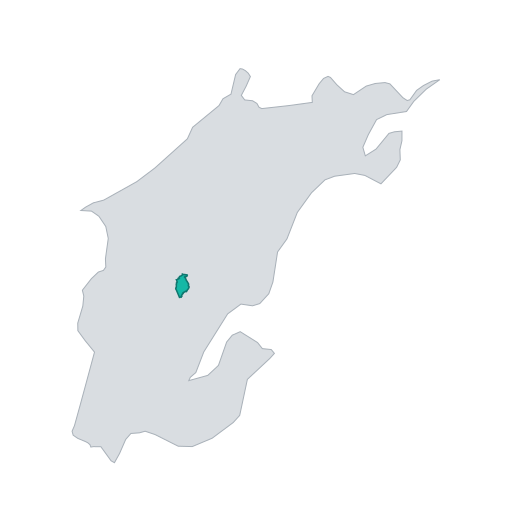 location of Zarcero, Alajuela, Costa Rica, rotated 263°
{"feature_id": "36466004B69998662066275", "entity_name": "Zarcero", "entity_type": "district", "adm_level": 2, "iso_a3": "CRI", "parent_name": "Costa Rica", "parent_adm1": "Alajuela", "projection": "natural_earth1", "projection_center": [-84.401, 10.218], "detail": "fine", "context": "in_parent", "style": "filled", "palette": "teal", "viewbox_px": 512, "rotation_deg": 263, "n_neighbors": 0, "source": "geoboundaries", "source_scale": "gbopen_adm2", "svg_char_len": 4806}
<svg xmlns="http://www.w3.org/2000/svg" viewBox="0 0 512 512"><g transform="rotate(263 256 256)"><path d="M443.9,263.0L443.2,265.4L441.3,268.0L438.5,270.5L434.8,272.3L425.9,267.0L417.2,261.0L412.3,263.8L410.5,271.5L407.3,275.5L403.3,277.1L401.6,279.7L401.3,305.9L401.6,330.6L408.2,331.1L419.3,339.7L424.0,344.7L425.5,349.4L424.1,351.7L416.1,357.1L408.2,363.9L404.3,372.4L411.2,386.1L412.7,395.4L412.4,405.2L410.5,409.9L395.2,421.1L391.9,425.0L392.3,427.8L400.8,435.6L404.8,443.0L408.1,452.1L408.6,459.9L400.9,445.4L390.3,431.5L381.1,423.0L380.4,403.1L376.7,392.3L362.8,382.3L350.9,375.3L342.1,376.7L347.5,388.2L361.5,402.9L362.4,408.5L362.2,416.1L352.6,414.9L344.1,411.8L333.8,410.9L326.9,406.4L312.4,388.8L322.7,373.9L325.9,364.0L325.6,343.7L323.2,333.8L312.0,318.8L294.2,302.3L269.2,288.8L257.4,277.9L228.1,269.6L217.0,264.1L208.3,253.9L207.0,246.5L210.1,235.2L202.0,220.8L167.2,192.5L147.7,182.1L143.6,176.0L140.5,174.1L143.4,193.6L152.0,205.4L174.2,216.4L180.3,222.8L182.8,231.1L169.9,247.0L163.3,251.0L161.3,259.7L157.1,262.4L152.7,257.3L134.6,232.4L99.8,220.4L93.5,213.1L80.5,190.3L74.6,169.5L76.7,155.6L91.1,134.0L95.6,124.6L94.7,118.8L95.1,110.2L89.8,104.3L76.6,96.5L68.1,90.3L70.4,87.2L85.6,78.8L86.6,71.3L86.5,68.8L89.0,68.2L91.2,66.2L92.6,64.1L96.7,56.9L100.4,52.7L104.5,52.1L109.6,55.1L128.7,63.0L150.0,71.7L180.3,84.0L192.8,76.1L203.6,70.1L211.1,70.9L227.4,78.0L237.2,80.2L243.2,79.5L253.6,89.9L259.3,97.6L260.3,102.8L263.4,105.6L271.5,106.2L291.4,111.5L303.6,110.5L314.6,104.9L320.6,98.2L322.5,87.7L325.3,92.9L328.6,101.1L330.0,111.6L344.3,146.7L355.7,166.4L380.7,202.2L391.5,208.8L409.8,237.6L416.1,242.4L419.7,250.9L438.6,257.9L443.9,263.0Z" fill="#d9dde1" stroke="#a8b0b8" stroke-width="1"/><path d="M242.5,175.6L242.3,175.0L242.2,174.9L242.2,174.7L242.1,174.4L242.1,174.2L241.9,174.3L241.7,174.3L241.5,174.2L241.4,174.2L241.1,174.3L240.9,174.3L240.7,174.5L240.3,174.6L240.2,174.6L239.8,174.6L239.6,174.6L239.4,174.4L239.4,174.2L239.2,174.1L239.1,173.9L238.9,173.7L238.7,173.8L238.4,173.8L238.3,173.7L238.2,173.7L237.7,173.7L237.4,173.4L237.2,173.3L236.7,173.4L235.8,173.3L235.7,173.2L235.3,173.2L235.1,173.2L234.9,173.1L234.7,173.0L234.4,173.0L234.3,172.9L234.3,172.7L234.2,172.6L233.9,172.5L233.8,172.4L233.6,172.4L233.3,172.4L233.3,172.5L233.2,172.5L232.9,172.5L232.7,172.5L232.4,172.6L232.2,172.7L232.0,172.8L224.2,175.0L224.2,175.4L224.2,175.6L224.3,175.8L224.4,176.0L224.5,176.2L224.5,176.3L224.5,176.5L224.4,176.6L224.3,176.8L224.5,176.9L224.6,177.0L224.6,176.9L225.0,176.9L225.0,177.0L225.4,177.1L225.5,177.3L225.9,177.4L226.0,177.4L226.1,177.5L226.3,177.7L226.5,177.7L226.7,177.8L226.8,177.9L227.0,178.0L227.0,178.3L227.2,178.6L227.3,178.6L227.5,178.7L227.7,179.0L227.8,178.9L227.9,179.0L228.0,179.1L228.3,179.2L228.5,179.2L228.5,179.3L228.4,179.4L228.4,179.5L228.5,179.6L228.6,179.8L228.8,179.9L228.9,180.0L228.8,180.3L228.9,180.5L229.0,180.7L229.1,180.8L229.1,181.0L229.3,181.1L229.3,181.3L229.4,181.5L229.3,181.9L229.2,182.4L229.3,182.4L229.5,182.6L229.8,182.6L229.8,182.8L229.8,183.1L230.0,183.1L230.1,183.3L230.4,183.6L230.5,183.7L230.8,183.8L231.0,183.9L231.0,184.0L231.2,184.3L231.3,184.4L231.4,184.5L231.5,184.7L231.6,184.8L231.8,184.9L231.9,185.1L232.0,185.1L232.4,185.2L232.5,185.3L232.8,185.5L233.0,185.7L233.3,185.8L233.5,185.8L233.5,185.7L233.8,185.6L234.1,185.5L234.2,185.4L234.3,185.3L234.5,185.4L234.6,185.5L235.1,185.4L235.3,185.2L235.5,185.3L235.6,185.5L235.8,185.6L236.1,185.7L236.3,185.6L236.9,185.6L237.0,185.5L237.3,185.4L237.5,185.2L237.8,185.1L238.0,185.0L238.0,184.9L238.3,184.8L238.7,184.7L238.8,184.6L239.0,184.6L239.1,184.4L239.3,184.3L239.7,184.2L239.8,184.2L240.0,184.0L240.2,183.9L240.3,183.9L240.6,183.8L240.8,183.7L241.2,183.7L241.5,183.6L241.8,183.5L242.0,183.4L242.3,183.4L242.5,183.3L242.7,183.2L242.8,183.2L243.0,183.1L243.3,182.8L243.4,182.7L243.6,182.5L243.9,182.6L244.0,182.6L244.0,182.9L244.1,183.0L244.2,183.3L244.2,183.5L244.1,183.8L244.1,184.3L244.1,184.5L244.4,185.0L244.5,185.1L244.9,185.2L245.0,185.2L245.1,185.3L245.3,185.4L245.4,185.5L245.5,185.5L245.6,185.3L245.6,185.2L245.7,184.9L245.8,184.8L245.8,184.6L245.9,184.3L245.9,184.2L246.0,184.0L246.1,183.8L246.1,183.7L246.2,183.3L246.2,183.1L246.3,183.0L246.3,182.9L246.3,182.6L246.4,182.4L246.3,182.2L246.4,181.8L246.5,181.7L246.7,181.4L246.7,181.2L246.9,181.1L247.0,180.9L246.9,180.9L246.7,180.8L246.6,180.7L246.4,180.6L246.2,180.5L246.0,180.4L245.9,180.3L245.9,180.2L245.8,179.9L245.7,179.7L245.5,179.4L245.4,179.3L245.4,179.2L245.3,178.9L245.2,178.6L245.2,178.3L245.1,178.2L245.0,177.7L244.8,177.6L244.6,177.5L244.6,177.4L244.4,177.3L244.2,177.2L243.9,176.9L243.7,176.8L243.6,176.7L243.4,176.4L243.4,176.1L243.2,176.0L243.0,176.4L243.0,176.5L242.9,176.7L242.7,176.3L242.7,176.1L242.7,175.9L242.6,175.6L242.5,175.6Z" fill="#14b8a6" stroke="#0f766e" stroke-width="1.5"/></g></svg>